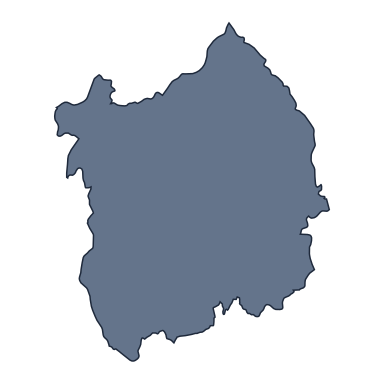 outline of Dien Khanh, Khánh Hòa, Vietnam
{"feature_id": "81297802B57264474428475", "entity_name": "Dien Khanh", "entity_type": "district", "adm_level": 2, "iso_a3": "VNM", "parent_name": "Vietnam", "parent_adm1": "Khánh Hòa", "projection": "robinson", "projection_center": [109.047, 12.278], "detail": "fine", "context": "isolated", "style": "filled", "palette": "slate", "viewbox_px": 384, "rotation_deg": 0, "n_neighbors": 0, "source": "geoboundaries", "source_scale": "gbopen_adm2", "svg_char_len": 5905}
<svg xmlns="http://www.w3.org/2000/svg" viewBox="0 0 384 384"><path d="M299.4,289.9L299.7,289.4L300.5,288.9L303.4,287.8L304.6,286.6L304.9,285.7L305.0,282.0L305.3,280.0L305.8,278.9L308.2,275.1L309.7,273.2L314.4,269.6L312.1,264.3L310.2,258.5L309.6,255.3L309.4,253.7L309.5,247.0L310.7,244.6L311.5,240.8L311.6,237.8L311.1,236.3L310.4,235.4L309.2,234.9L307.3,234.5L300.3,234.2L300.7,233.2L301.4,230.2L301.8,229.4L302.6,228.7L306.7,227.3L307.6,226.3L307.8,225.6L307.6,223.8L307.3,222.5L306.6,220.6L306.4,219.4L306.6,218.5L307.1,217.6L308.6,216.1L310.0,217.4L311.0,218.0L311.7,218.1L314.2,217.7L315.7,216.9L316.9,216.0L320.2,212.3L321.2,211.5L322.2,211.0L323.0,210.9L327.0,211.2L328.2,210.6L329.3,209.6L326.5,199.0L325.2,199.0L324.4,198.7L324.1,198.4L324.7,197.8L324.9,197.2L324.7,196.8L324.3,196.5L322.2,196.4L320.6,196.0L318.4,194.1L318.8,191.9L319.2,191.3L320.8,190.5L321.5,189.5L321.6,186.5L321.3,185.0L321.0,184.7L319.6,185.9L317.5,187.1L316.8,186.8L316.2,186.2L315.5,184.1L314.9,176.7L314.7,169.4L314.1,167.4L311.9,163.2L311.3,161.4L311.1,160.2L311.2,155.8L311.4,154.0L312.2,151.9L315.1,145.7L315.1,144.1L314.5,141.4L313.8,135.9L313.7,134.3L314.0,131.0L313.7,129.1L313.1,127.8L310.5,123.8L304.6,115.4L299.9,111.4L299.1,110.8L296.8,110.2L295.6,109.5L295.3,109.1L295.3,108.4L296.1,106.2L296.2,105.3L295.9,103.2L294.4,100.3L292.2,96.9L290.0,94.1L289.5,90.7L288.9,88.2L288.5,87.6L287.0,86.3L283.5,86.0L283.2,85.4L283.0,83.7L282.2,82.1L277.9,77.7L275.3,75.8L272.2,75.0L271.5,74.4L271.1,73.9L270.5,71.7L269.7,69.8L268.0,68.2L264.2,65.9L263.9,64.3L264.3,63.4L265.5,61.6L265.8,60.5L265.6,59.5L263.7,58.2L260.1,55.0L254.2,48.0L249.0,44.3L244.0,42.5L243.8,41.9L244.3,39.7L244.1,38.0L242.9,37.2L241.0,37.3L238.4,36.3L237.0,35.0L235.9,33.6L233.8,29.6L229.0,23.0L228.0,24.6L226.5,27.9L225.9,30.6L225.2,32.6L224.6,33.6L223.7,34.3L219.2,36.5L217.4,37.6L215.8,39.0L213.4,41.2L209.0,47.0L207.9,48.7L207.3,50.9L206.9,56.6L206.1,59.7L205.2,62.8L204.3,64.8L202.4,67.6L199.3,70.6L196.4,72.3L192.8,73.6L185.6,73.9L182.7,73.8L182.0,74.0L180.8,75.1L179.6,76.7L178.2,78.1L176.7,79.0L174.0,80.3L172.2,81.6L169.8,84.8L167.6,88.2L162.5,95.3L158.6,92.6L157.2,92.4L156.4,92.7L155.5,93.4L153.9,96.7L152.9,97.9L152.0,98.6L150.7,99.0L147.2,98.4L145.7,98.8L144.2,99.3L141.4,101.4L137.7,103.4L136.9,103.2L135.4,102.3L134.5,102.3L131.5,103.3L129.7,103.3L129.0,103.6L128.0,104.2L127.1,105.3L126.1,105.7L124.7,105.9L123.0,105.8L119.8,105.5L117.6,105.1L114.3,103.1L113.5,102.9L112.6,103.0L111.8,103.6L110.6,103.7L111.5,102.2L112.0,100.7L112.0,100.0L110.2,97.8L110.0,96.4L110.2,95.1L110.9,93.4L111.7,92.4L112.7,91.7L114.7,91.0L114.9,90.7L114.8,90.0L114.2,88.9L112.0,87.3L111.4,86.6L111.0,86.0L111.0,85.1L111.3,83.9L111.5,81.3L110.9,80.4L110.2,80.1L108.2,80.2L104.0,79.7L103.4,79.4L102.5,78.6L101.4,76.7L100.7,75.9L99.2,74.9L98.6,75.2L95.0,78.1L94.2,79.0L87.5,97.2L86.5,99.0L84.6,100.9L82.5,102.2L77.6,104.4L74.0,105.1L71.8,104.5L69.6,103.3L67.1,102.3L64.8,102.3L62.1,103.6L58.3,106.5L56.4,107.5L57.2,108.2L57.3,108.5L57.1,109.0L56.4,109.5L55.4,111.4L55.0,113.6L54.7,116.2L54.9,118.5L55.2,120.0L57.6,123.8L58.2,125.3L58.5,126.7L58.4,128.4L58.2,130.1L57.6,131.7L57.2,134.8L58.4,136.0L60.0,136.2L61.7,135.5L64.0,133.7L65.3,133.1L68.4,133.1L71.3,135.0L72.3,135.3L73.6,135.2L74.9,135.6L76.2,136.5L78.9,138.8L71.3,149.7L68.4,155.5L67.9,158.4L67.5,164.4L66.7,172.9L66.7,177.3L67.7,178.0L67.9,177.1L68.5,176.0L69.4,175.2L70.5,175.0L72.5,175.2L73.5,174.7L74.4,173.9L75.4,172.7L75.9,171.3L77.2,169.2L78.0,168.4L79.2,168.0L80.4,168.1L81.9,169.1L82.7,171.4L83.0,178.1L83.5,180.5L84.5,182.6L85.3,187.1L85.8,187.8L88.1,187.8L89.8,187.5L91.0,186.9L90.9,189.1L88.7,193.9L88.1,195.8L88.2,196.7L89.5,200.0L89.5,204.4L92.8,211.1L93.4,213.0L90.9,215.7L88.4,219.0L87.8,220.4L87.9,222.7L87.4,223.1L89.7,228.2L93.1,233.8L93.5,235.1L93.2,246.4L92.9,247.9L92.3,248.6L89.2,251.0L87.5,253.0L84.6,255.5L83.9,256.3L83.2,257.8L82.2,262.7L81.1,269.4L80.8,272.7L79.5,277.1L79.3,278.8L79.7,280.5L81.0,282.9L86.6,287.9L87.6,289.5L90.0,296.3L90.3,299.7L91.4,306.3L92.7,310.3L95.2,316.4L97.0,320.3L101.6,327.3L102.4,329.3L103.2,334.9L103.7,336.4L104.5,337.5L106.8,339.6L107.8,341.2L108.9,344.6L109.2,346.1L110.9,346.6L111.8,347.1L113.3,349.1L114.1,349.4L114.6,349.4L115.2,349.0L115.9,349.0L119.4,351.6L121.4,353.3L130.1,360.2L132.0,361.0L133.8,361.0L135.3,360.4L137.3,359.0L138.4,357.8L138.9,356.7L139.0,355.6L138.0,351.5L138.0,350.6L139.9,346.6L140.7,344.4L141.2,340.1L141.9,338.2L142.5,338.0L143.5,338.3L144.4,339.0L144.7,339.1L147.0,337.2L150.2,335.4L152.5,333.0L155.7,333.0L157.4,333.8L157.7,333.8L158.6,333.0L159.1,332.1L159.7,331.5L162.5,330.5L163.2,330.6L164.4,331.7L165.1,332.9L166.0,334.9L166.4,337.2L166.9,338.6L170.0,339.6L171.4,340.4L173.9,342.9L175.4,339.9L176.7,337.9L176.9,337.2L179.9,336.2L185.5,335.6L191.7,334.4L195.3,333.4L197.1,333.4L199.9,332.3L202.1,332.1L203.6,331.3L205.9,329.4L208.6,328.4L209.8,326.9L210.3,325.7L213.3,325.6L213.6,325.0L213.9,321.9L214.0,318.1L215.0,317.2L214.9,316.1L213.2,308.6L213.4,307.6L215.3,306.8L218.5,305.0L219.5,303.5L220.1,301.8L222.3,304.0L222.4,306.0L223.5,308.2L223.6,309.1L222.9,311.6L223.0,313.3L223.4,314.2L223.8,314.4L224.1,314.3L224.5,313.8L225.4,310.2L225.8,309.7L226.5,309.3L227.5,310.1L228.2,309.4L230.3,305.1L231.8,303.0L233.3,299.3L236.2,299.4L237.2,297.0L239.4,297.8L239.7,299.6L239.6,301.1L239.8,302.4L239.6,303.5L240.0,304.3L241.7,305.6L242.8,308.3L243.3,308.8L243.9,309.2L245.7,309.6L246.2,310.3L247.0,312.4L248.0,313.5L249.7,313.5L251.4,314.7L253.4,314.6L255.4,316.3L256.8,316.6L257.8,316.6L258.7,316.3L259.3,315.6L260.5,312.7L263.1,310.1L263.9,308.6L264.6,306.6L265.7,305.3L266.5,304.7L267.2,304.6L269.0,304.9L270.4,305.6L273.6,308.5L275.7,309.4L279.9,309.5L281.8,309.1L282.5,308.5L282.8,307.4L282.4,303.0L282.6,301.5L283.8,298.4L284.5,297.8L285.7,297.2L288.6,296.0L289.8,295.2L290.9,294.1L292.4,293.3L293.9,291.9L294.0,291.4L293.3,290.2L299.4,289.9Z" fill="#64748b" stroke="#1e293b" stroke-width="1.5"/></svg>